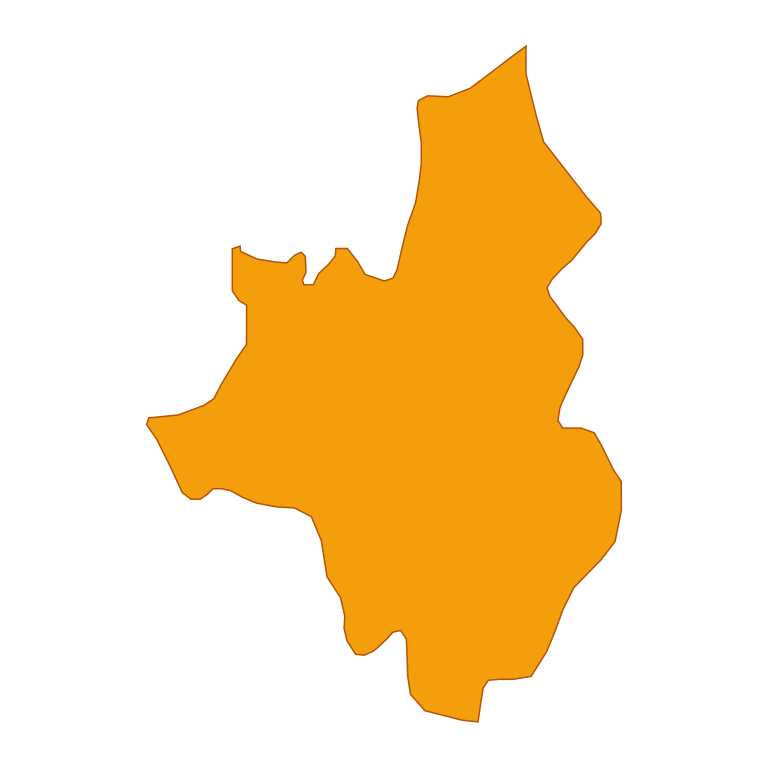 map outline of Veles (orthographic projection)
{"feature_id": "MKD-2915", "entity_name": "Veles", "entity_type": "Statistical Region", "adm_level": 1, "iso_a3": "MKD", "parent_name": "North Macedonia", "parent_adm1": "", "projection": "orthographic", "projection_center": [21.727, 41.757], "detail": "fine", "context": "isolated", "style": "filled", "palette": "amber", "viewbox_px": 768, "rotation_deg": 0, "n_neighbors": 0, "source": "natural_earth", "source_scale": "10m", "svg_char_len": 1732}
<svg xmlns="http://www.w3.org/2000/svg" viewBox="0 0 768 768"><path d="M190.8,499.2L182.2,492.5L170.8,467.6L156.5,438.9L146.6,424.6L148.2,419.6L148.7,417.9L178.0,415.0L203.7,405.5L213.7,398.8L222.3,382.6L236.6,358.7L246.5,344.4L246.6,317.6L246.6,305.2L238.8,300.4L232.3,290.8L232.3,280.3L232.3,263.1L232.3,248.8L240.1,246.1L240.6,251.4L256.9,259.0L274.7,261.9L286.8,262.9L294.7,255.2L301.1,252.3L305.3,256.2L306.0,272.4L302.4,280.1L303.9,284.8L313.2,284.8L318.9,273.4L328.1,264.8L335.2,256.2L335.9,248.5L347.3,248.5L357.2,261.0L365.1,274.4L384.3,281.0L392.9,278.2L397.1,269.6L402.1,247.6L407.8,224.7L415.6,202.8L419.1,181.7L421.3,163.6L421.3,142.6L419.1,126.4L417.1,108.2L418.4,100.6L427.6,95.8L448.3,96.8L470.3,88.2L494.4,70.0L508.0,59.5L526.1,46.1L526.0,50.5L526.0,74.0L536.3,116.1L543.7,142.0L564.9,169.2L586.1,196.4L600.6,213.3L601.1,223.8L595.4,233.3L586.8,241.9L571.9,260.1L562.0,268.7L552.1,279.2L547.0,287.8L549.9,296.4L555.6,304.0L566.2,318.4L574.2,326.9L582.7,339.3L582.8,354.7L579.2,366.1L569.2,387.1L562.1,402.4L559.9,408.1L557.9,420.5L562.8,428.1L571.4,428.1L581.3,428.1L594.3,432.9L601.4,445.3L613.6,470.1L621.3,481.6L621.3,492.1L621.4,510.2L615.0,541.7L600.9,559.9L573.8,587.6L563.0,609.5L555.3,630.6L546.7,651.6L531.1,676.4L513.2,679.3L499.7,679.3L488.3,680.3L483.2,687.9L481.0,701.3L478.0,721.9L462.1,720.2L424.9,710.7L410.5,694.4L407.7,676.3L407.0,653.3L406.3,638.9L400.6,630.4L392.7,632.3L387.8,638.0L377.7,647.6L372.8,651.4L364.2,655.2L355.6,654.3L347.0,640.8L344.1,628.4L344.8,616.0L340.6,597.8L327.0,576.8L321.3,540.5L311.3,516.6L294.2,507.9L276.3,506.9L256.5,503.1L242.8,497.4L230.7,490.7L221.4,488.7L212.9,488.7L207.1,494.5L200.1,499.2L190.8,499.2Z" fill="#f59e0b" stroke="#b45309" stroke-width="1.5"/></svg>